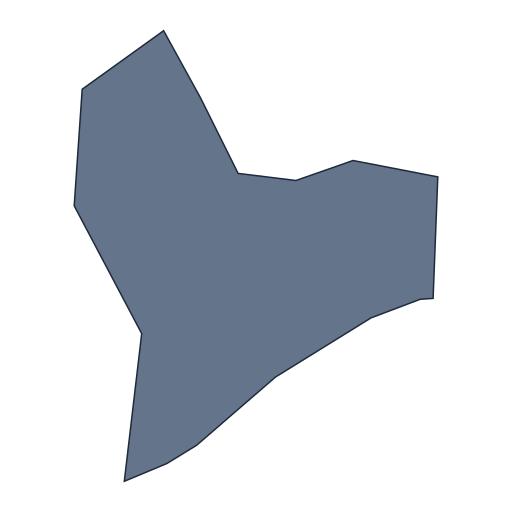 the National District of Distrito Nacional
{"feature_id": "DOM-1985", "entity_name": "Distrito Nacional", "entity_type": "National District", "adm_level": 1, "iso_a3": "DOM", "parent_name": "Dominican Republic", "parent_adm1": "", "projection": "equal_earth", "projection_center": [-69.937, 18.482], "detail": "fine", "context": "isolated", "style": "filled", "palette": "slate", "viewbox_px": 512, "rotation_deg": 0, "n_neighbors": 0, "source": "natural_earth", "source_scale": "10m", "svg_char_len": 331}
<svg xmlns="http://www.w3.org/2000/svg" viewBox="0 0 512 512"><path d="M433.1,298.4L420.1,299.3L371.0,317.9L275.4,377.1L196.7,445.2L166.9,463.5L124.3,481.3L141.7,333.6L74.2,205.8L82.2,89.2L163.6,30.7L200.7,98.2L238.1,173.4L295.9,180.5L353.0,160.5L437.8,176.9L433.1,298.4Z" fill="#64748b" stroke="#1e293b" stroke-width="1.5"/></svg>